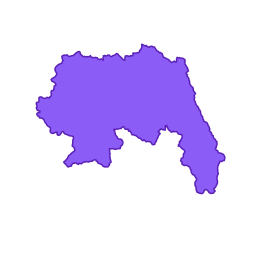 Espinar, Cusco, Peru (Robinson projection), rotated 340°
{"feature_id": "86281439B7669862240315", "entity_name": "Espinar", "entity_type": "district", "adm_level": 2, "iso_a3": "PER", "parent_name": "Peru", "parent_adm1": "Cusco", "projection": "robinson", "projection_center": [-71.342, -14.994], "detail": "fine", "context": "isolated", "style": "filled", "palette": "violet", "viewbox_px": 256, "rotation_deg": 340, "n_neighbors": 0, "source": "geoboundaries", "source_scale": "gbopen_adm2", "svg_char_len": 5821}
<svg xmlns="http://www.w3.org/2000/svg" viewBox="0 0 256 256"><g transform="rotate(340 128 128)"><path d="M90.3,38.2L89.9,40.9L90.1,42.3L89.0,43.0L88.4,44.1L87.8,44.5L85.0,44.5L83.3,44.9L80.8,46.1L79.4,47.7L79.2,49.7L79.7,52.2L79.2,53.4L77.0,55.0L73.8,55.5L72.3,56.2L72.6,58.2L73.7,59.0L74.9,60.8L75.1,62.7L74.7,63.0L73.0,63.4L71.2,66.8L70.1,67.0L69.2,66.8L68.2,67.4L67.1,71.2L65.8,72.0L65.0,72.1L64.4,72.8L62.4,71.5L60.6,72.0L58.5,71.0L57.5,69.4L55.9,68.7L54.5,69.3L54.0,71.4L52.9,72.9L52.5,73.1L50.7,72.8L50.1,74.0L49.8,76.9L49.4,77.4L48.8,77.6L48.7,80.1L49.1,80.7L50.0,81.0L51.0,82.0L50.4,82.2L50.3,83.2L49.1,82.8L48.0,83.0L47.1,83.6L47.0,84.5L47.3,85.7L48.5,87.4L48.4,88.3L49.1,88.5L51.5,90.5L51.9,92.3L52.1,94.9L52.7,95.8L52.7,97.3L53.5,99.1L55.1,100.9L54.8,102.4L53.6,104.6L54.0,106.1L54.4,106.7L56.0,107.5L57.4,107.3L59.8,107.6L59.9,108.2L59.2,109.5L59.6,110.7L59.9,111.0L61.6,111.2L64.8,109.0L65.6,109.0L66.1,109.6L66.2,111.1L66.9,112.2L68.6,113.5L70.2,115.2L72.6,116.4L73.6,117.5L73.3,119.1L72.0,120.5L71.2,122.7L69.5,125.7L69.5,126.2L70.2,126.9L70.6,128.2L70.6,129.9L70.2,131.1L65.7,132.5L65.0,133.1L62.8,133.7L60.5,136.0L59.1,136.5L58.1,137.4L57.0,137.5L56.0,138.0L56.2,139.3L57.6,141.9L58.0,143.8L58.9,144.2L60.6,144.1L61.8,144.4L62.4,143.4L64.2,142.3L65.4,142.8L66.8,142.7L68.5,144.9L69.1,145.2L70.1,144.5L71.9,145.7L74.5,144.8L75.6,145.2L77.5,145.4L79.3,146.5L81.1,146.4L83.0,146.9L85.0,146.4L85.9,146.5L86.9,147.1L86.9,148.3L87.7,148.8L87.7,150.6L90.1,152.7L91.1,153.9L91.2,154.9L92.3,156.3L95.2,157.5L96.0,157.6L98.0,156.3L98.3,154.9L99.7,154.7L100.5,154.1L100.8,150.3L101.3,148.8L101.2,147.9L102.3,146.3L102.5,144.3L103.1,142.9L103.2,141.3L103.5,141.1L106.0,142.2L107.4,142.4L108.0,143.3L108.7,143.7L112.3,144.1L113.2,144.7L113.5,144.7L115.3,142.4L116.8,142.0L117.9,140.7L118.5,139.1L118.1,136.9L117.1,135.8L116.0,135.5L114.9,134.5L114.8,132.8L113.8,130.1L114.2,128.8L114.2,124.9L114.6,124.4L115.4,125.2L117.0,125.0L118.2,125.6L120.1,125.7L121.4,126.1L122.7,125.2L124.4,125.3L124.7,127.6L125.2,128.3L125.9,128.7L127.3,128.8L128.0,129.6L127.9,130.2L127.4,130.5L127.7,131.4L128.8,131.6L129.2,132.9L129.5,135.8L130.7,136.1L131.5,137.0L133.0,138.0L134.5,140.9L135.9,141.8L137.3,144.8L137.7,145.0L139.0,144.6L140.4,147.2L142.0,147.3L143.1,148.1L144.4,148.6L145.2,151.8L146.3,152.5L147.8,152.3L148.3,151.1L149.9,150.3L151.3,148.4L152.4,147.6L153.8,145.9L154.9,145.0L156.2,144.4L156.3,144.2L155.1,142.0L155.4,141.5L156.8,141.4L157.6,140.3L159.1,140.3L159.8,141.3L161.1,141.9L162.0,142.7L162.5,142.3L163.8,138.8L165.3,139.0L164.9,140.3L165.4,141.3L165.3,142.9L167.1,146.5L167.9,146.9L169.4,146.4L169.9,147.2L172.4,148.0L172.8,148.6L173.1,150.5L174.1,151.5L175.9,152.5L176.2,152.9L176.1,154.3L175.2,156.0L174.1,156.6L173.5,158.0L172.6,157.9L171.8,158.3L171.3,159.2L171.2,160.2L169.7,161.0L169.1,162.2L170.5,162.8L171.7,165.9L173.2,167.8L173.3,169.6L172.6,170.5L171.3,171.3L170.2,173.7L169.4,174.6L168.9,174.9L167.8,174.7L166.2,176.9L167.1,178.4L166.4,180.2L167.4,181.9L168.2,182.6L169.8,182.7L172.6,185.8L172.5,187.8L172.8,189.3L172.3,191.6L172.9,193.9L174.3,195.2L174.5,197.2L174.9,198.5L174.8,200.0L173.8,201.0L172.6,201.6L171.7,203.6L171.3,205.6L171.8,206.7L171.0,208.9L170.9,211.8L172.8,213.7L173.3,213.7L174.5,214.8L175.0,214.9L175.7,214.9L176.9,214.4L178.5,212.5L180.1,212.3L181.6,214.2L182.1,216.4L183.2,217.7L185.5,218.4L186.6,218.1L187.2,217.5L188.1,217.2L188.3,216.6L187.7,215.3L187.7,214.5L190.0,213.6L190.8,212.6L191.5,212.2L193.0,210.6L193.8,209.0L194.3,205.5L196.2,202.7L197.2,201.8L197.3,200.4L198.3,196.7L199.5,194.4L203.1,190.8L204.4,191.5L206.6,191.2L207.2,191.5L207.5,191.3L208.8,189.2L209.0,188.0L208.7,185.6L207.0,183.7L204.9,182.5L204.4,181.1L204.5,180.0L203.4,179.0L203.1,177.7L203.3,176.8L204.4,176.4L204.7,175.3L205.7,174.5L206.3,173.2L206.5,171.8L206.9,171.2L206.2,170.2L206.2,168.6L205.2,167.4L205.1,165.4L205.4,164.4L204.6,163.4L204.6,160.3L204.0,159.4L203.6,158.3L203.6,157.8L204.4,157.3L204.5,156.9L204.5,153.9L204.1,153.4L204.2,150.9L203.9,149.8L201.6,147.6L201.8,146.3L201.5,144.9L201.9,142.9L201.2,140.7L201.2,139.8L201.7,137.4L201.7,136.2L201.1,134.8L201.2,132.5L200.5,131.2L199.9,128.9L200.1,127.7L199.9,123.7L200.4,122.8L201.2,122.1L201.0,121.4L201.1,120.2L203.2,118.7L202.2,115.0L202.9,112.8L202.5,111.5L201.6,110.2L201.5,109.1L201.3,108.6L201.2,107.0L201.5,106.2L201.4,105.6L201.8,105.3L201.8,103.3L202.1,102.2L201.7,100.6L201.3,99.9L201.2,98.8L202.0,98.3L201.4,97.0L201.5,96.1L204.3,95.0L204.1,94.3L204.5,93.2L204.1,92.4L204.4,91.5L203.9,90.1L203.9,88.8L203.4,87.6L203.8,86.3L203.9,85.0L204.6,84.6L204.8,83.3L203.7,81.6L202.3,80.6L201.1,80.2L200.5,79.5L199.1,79.3L198.4,78.5L197.2,79.7L196.8,81.3L195.9,82.5L195.1,82.3L194.5,81.0L191.5,81.4L190.8,80.6L189.5,77.5L188.0,76.2L186.6,74.5L185.4,73.4L185.6,70.0L184.0,67.9L183.3,68.0L183.1,67.8L182.7,66.4L181.8,65.7L181.2,64.1L180.5,60.9L178.9,60.2L178.6,59.5L178.3,59.3L176.5,58.9L175.9,59.3L175.2,59.2L174.1,58.2L173.5,56.8L172.0,56.5L169.9,54.2L169.4,54.2L169.0,56.2L168.6,56.5L168.5,57.1L167.6,57.8L166.9,58.7L165.4,59.1L165.0,60.0L164.1,60.7L161.2,60.4L158.4,59.3L158.1,59.7L158.2,60.6L156.8,61.7L156.5,61.7L155.1,60.8L154.0,61.4L152.4,60.1L150.2,59.4L149.6,60.0L148.2,63.1L147.0,62.6L145.8,59.5L144.4,57.1L143.7,54.9L143.0,54.2L142.2,54.3L140.8,54.9L138.7,54.8L136.9,55.3L135.8,54.5L135.4,53.1L133.8,52.6L133.0,52.9L132.0,52.8L131.4,52.4L131.1,51.9L130.5,52.1L129.6,51.8L129.3,52.8L128.5,53.5L128.2,55.1L127.7,55.7L126.5,54.0L126.1,53.8L124.9,54.1L124.2,53.5L123.3,52.6L123.1,51.5L121.4,50.5L119.8,50.2L117.7,48.9L117.4,47.2L115.7,47.6L114.7,47.5L113.8,46.8L112.6,46.8L111.8,45.9L110.2,45.6L109.3,43.4L108.6,42.6L108.9,40.4L108.1,39.3L106.6,39.3L104.0,40.0L101.6,41.2L99.7,40.8L98.1,40.9L97.0,40.5L96.4,39.9L95.8,38.4L94.4,38.4L92.9,37.6L90.8,37.8L90.3,38.2Z" fill="#8b5cf6" stroke="#5b21b6" stroke-width="1.5"/></g></svg>